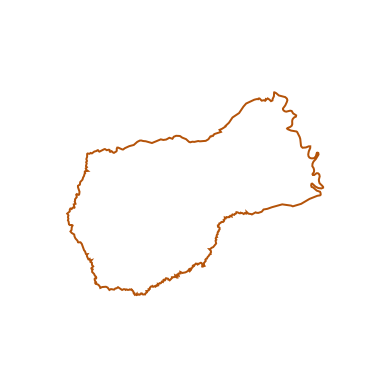 outline of Bugalagrande, Valle del Cauca, Colombia, rotated 124°
{"feature_id": "7082276B64894766259605", "entity_name": "Bugalagrande", "entity_type": "district", "adm_level": 2, "iso_a3": "COL", "parent_name": "Colombia", "parent_adm1": "Valle del Cauca", "projection": "mercator", "projection_center": [-76.061, 4.201], "detail": "fine", "context": "isolated", "style": "outline", "palette": "amber", "viewbox_px": 384, "rotation_deg": 124, "n_neighbors": 0, "source": "geoboundaries", "source_scale": "gbopen_adm2", "svg_char_len": 6063}
<svg xmlns="http://www.w3.org/2000/svg" viewBox="0 0 384 384"><g transform="rotate(124 192 192)"><path d="M213.1,295.6L216.0,296.6L216.3,297.9L217.6,298.3L218.5,300.1L219.1,300.2L221.5,298.6L223.8,298.0L225.0,296.4L226.5,296.4L227.2,295.3L229.6,294.5L230.0,294.2L230.2,293.0L231.8,293.3L232.7,292.1L232.8,290.2L234.3,292.1L235.0,292.3L235.6,292.0L236.1,291.1L237.3,291.2L239.1,290.5L240.9,290.4L243.0,289.7L246.3,290.2L248.6,289.1L250.6,290.0L251.7,289.3L254.7,285.4L256.8,284.3L257.5,284.2L257.9,284.6L258.1,286.3L258.9,286.5L260.6,284.7L263.4,284.9L264.7,284.0L265.5,283.9L266.9,282.0L268.4,283.1L270.6,280.7L270.9,280.8L271.0,281.8L273.4,282.3L273.3,283.2L273.8,283.6L274.9,283.5L276.5,282.5L279.7,283.4L280.4,281.4L282.2,280.8L283.3,279.5L284.8,279.1L285.5,277.8L287.6,275.9L287.7,274.7L286.5,273.1L286.5,272.3L288.7,271.9L290.7,270.7L292.7,270.7L293.2,268.9L293.1,265.9L294.5,264.6L295.7,262.6L296.4,259.7L297.4,258.4L297.2,257.8L296.2,256.7L296.1,256.1L296.7,254.3L300.7,248.8L301.0,247.5L302.7,245.3L302.7,244.7L302.0,243.9L303.0,243.9L303.9,243.3L305.8,240.2L305.7,239.9L304.7,239.4L305.8,238.1L304.7,237.2L306.3,237.3L306.8,237.0L306.6,235.5L308.4,234.1L308.9,232.3L311.5,232.8L311.9,232.2L311.7,231.1L312.6,231.1L314.1,230.1L314.7,227.3L315.6,225.9L316.0,224.1L316.5,223.5L317.2,223.2L317.8,224.1L318.6,224.1L319.9,222.8L320.5,220.9L320.8,220.8L321.6,221.3L322.0,220.5L321.4,218.8L321.3,217.6L321.9,215.5L322.8,214.4L321.0,213.3L318.7,210.4L318.4,208.6L319.4,205.7L317.8,204.9L316.5,202.0L314.8,201.6L314.0,200.7L312.3,200.1L312.3,195.2L310.7,194.2L310.1,193.1L310.3,192.3L309.3,191.7L309.1,190.5L308.3,189.5L307.5,189.1L307.2,188.1L306.7,187.8L307.0,187.4L306.7,186.9L307.0,186.5L307.2,185.1L308.1,184.2L308.1,183.5L308.6,183.5L309.2,181.9L308.5,181.6L308.5,180.9L307.2,180.8L308.0,180.0L306.5,178.9L306.7,178.3L305.5,177.4L304.5,177.5L304.1,176.8L304.4,175.4L303.1,173.6L302.3,173.9L300.3,173.3L299.6,174.4L298.7,173.4L297.7,172.9L297.4,172.9L296.8,173.6L296.1,172.8L294.8,173.4L293.2,173.1L292.7,172.3L292.2,172.3L292.4,171.4L292.1,171.0L291.2,170.6L291.1,170.1L290.2,169.7L290.8,169.6L290.9,169.4L289.7,168.9L288.3,167.8L287.2,168.9L286.9,168.1L285.7,167.9L285.4,167.1L284.7,166.8L283.2,166.9L282.9,165.8L280.8,166.5L280.3,166.2L280.6,165.2L280.3,165.0L278.0,165.3L277.3,163.4L277.9,162.6L277.6,162.0L277.7,161.1L274.6,160.5L273.9,161.0L272.6,159.2L271.8,159.1L271.5,157.5L270.4,159.0L270.3,158.2L269.2,158.1L269.6,157.1L268.8,157.6L268.5,157.5L268.5,156.6L267.6,157.6L267.1,157.6L266.0,156.1L264.8,157.0L264.5,154.7L262.2,152.4L260.0,151.3L258.5,151.2L259.0,149.6L257.9,149.5L257.2,151.0L256.7,150.7L257.0,150.1L256.7,149.4L255.5,149.7L254.2,149.4L252.7,150.1L252.2,149.9L252.6,149.1L252.2,148.9L251.5,149.1L249.2,148.8L249.0,148.4L249.0,146.9L248.3,147.0L248.0,146.2L247.3,146.1L245.7,145.1L245.6,144.3L246.4,142.8L248.1,141.9L247.9,141.4L246.3,140.3L246.1,141.0L244.3,142.4L241.5,142.1L241.3,142.5L240.9,142.6L240.5,143.1L239.1,142.8L238.8,142.4L236.9,142.7L236.0,142.4L234.0,142.5L233.0,141.8L232.3,142.5L231.2,142.6L230.3,143.4L229.7,145.7L229.2,144.9L227.4,144.6L225.8,143.6L221.2,143.2L219.2,145.2L218.0,145.1L217.5,146.2L216.9,146.5L216.0,146.5L215.4,146.1L215.0,146.9L213.7,147.4L212.6,147.1L211.9,147.8L210.7,148.2L210.2,147.9L209.6,147.9L209.0,148.4L207.6,148.2L206.2,149.2L206.1,150.4L206.3,151.0L205.2,151.9L204.0,151.3L202.8,151.8L201.7,151.0L200.9,151.0L200.1,150.6L199.6,149.6L198.7,149.3L197.9,149.3L197.5,150.0L197.1,149.7L195.8,149.8L194.9,150.5L194.8,149.3L193.5,149.4L192.9,148.0L192.0,147.6L191.8,146.9L190.7,147.1L190.3,147.0L190.1,145.6L189.8,145.9L188.0,145.9L187.3,144.2L186.1,144.2L185.7,143.7L185.1,143.5L183.9,143.9L183.4,142.8L183.1,140.8L182.5,140.0L181.9,140.0L181.8,139.2L181.4,138.7L181.3,136.8L180.2,136.6L180.1,136.0L179.6,135.9L179.4,134.8L178.7,134.8L178.0,135.5L178.4,133.1L177.1,130.4L177.1,129.8L173.3,127.9L173.1,126.8L172.3,125.4L169.7,123.4L169.0,123.1L166.5,122.9L163.8,120.1L160.0,117.3L151.8,110.3L147.9,102.3L147.5,100.4L140.8,94.9L132.0,90.7L125.1,86.0L123.2,84.0L122.3,83.8L121.0,84.8L120.2,86.0L121.1,89.4L120.5,94.2L120.9,95.7L119.8,97.0L118.3,97.5L117.8,97.0L118.5,92.6L118.1,89.4L116.6,86.6L115.1,85.7L114.5,86.1L114.0,87.6L113.4,91.1L112.3,92.5L110.9,93.7L107.6,94.9L106.3,96.3L106.0,97.8L106.5,98.9L107.0,99.3L109.6,100.2L110.3,101.3L109.8,102.1L107.2,102.1L105.7,102.9L104.3,104.4L103.3,106.7L101.2,107.9L98.8,108.3L95.6,107.8L90.7,108.0L90.1,108.1L89.0,109.2L89.2,110.0L89.7,110.4L93.2,109.3L95.2,109.6L96.0,110.0L97.2,111.6L97.6,112.5L97.8,113.9L97.2,115.4L95.8,116.7L93.0,117.9L89.4,118.6L88.0,119.5L88.8,120.7L91.4,122.5L93.5,125.1L93.2,126.7L92.7,127.5L87.5,131.9L86.2,133.5L83.5,138.3L83.4,139.2L85.7,144.3L86.4,147.6L86.3,148.6L85.6,148.6L83.0,146.9L81.3,146.4L79.7,146.8L77.2,148.6L76.1,149.1L75.0,149.3L73.0,149.0L71.4,148.0L70.2,148.5L70.3,152.1L69.1,154.7L69.7,156.1L72.7,158.8L73.2,160.1L73.2,161.6L72.7,162.7L71.9,163.3L68.1,163.1L64.4,163.7L62.5,164.3L61.5,165.6L61.2,167.8L63.4,174.0L63.0,177.4L63.2,179.3L63.5,179.6L66.9,177.6L69.7,177.2L71.1,176.5L72.5,177.3L72.1,179.5L72.1,181.6L73.6,182.0L73.7,182.7L74.7,182.2L75.5,182.4L75.5,183.5L77.3,185.3L76.7,188.3L77.3,189.1L78.0,189.0L79.0,190.5L80.7,192.0L88.4,196.6L92.4,197.1L100.2,197.1L107.6,200.1L113.9,200.1L118.7,201.2L118.9,200.8L122.7,202.4L125.1,203.9L126.0,201.6L131.5,205.9L133.8,206.0L134.0,206.7L135.0,206.9L135.5,207.8L139.1,207.9L141.9,209.2L145.6,213.8L146.3,215.4L149.1,218.0L150.1,219.8L151.8,221.3L152.1,222.6L151.5,226.5L152.4,230.6L152.3,233.0L152.7,234.0L154.3,236.6L156.4,238.0L158.8,238.0L159.7,241.1L162.9,242.7L164.9,244.9L165.8,247.3L173.8,252.6L175.8,258.7L177.0,260.9L177.7,262.9L178.5,264.0L181.0,265.4L185.6,266.6L189.0,269.6L193.1,272.1L195.3,272.9L195.7,273.6L196.5,278.1L197.0,278.8L198.2,278.6L199.8,277.5L200.6,277.4L203.2,278.6L203.4,279.5L203.1,281.5L204.2,282.0L204.5,282.4L204.4,282.9L203.5,283.5L203.2,284.0L203.6,284.8L205.0,286.0L205.1,288.2L205.6,288.7L210.3,291.3L210.4,292.1L209.9,293.2L210.2,293.7L211.5,294.2L213.1,295.6Z" fill="none" stroke="#b45309" stroke-width="2"/></g></svg>